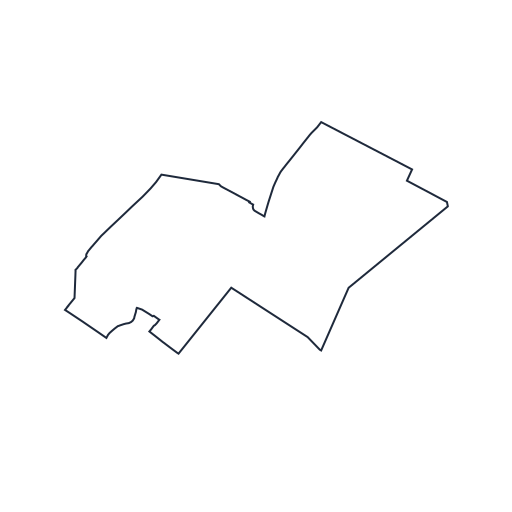 Muharam Bik, Al Iskandariyah, Egypt, rotated 336°
{"feature_id": "37247803B18141858630320", "entity_name": "Muharam Bik", "entity_type": "district", "adm_level": 2, "iso_a3": "EGY", "parent_name": "Egypt", "parent_adm1": "Al Iskandariyah", "projection": "mercator", "projection_center": [29.924, 31.184], "detail": "fine", "context": "isolated", "style": "outline", "palette": "slate", "viewbox_px": 512, "rotation_deg": 336, "n_neighbors": 0, "source": "geoboundaries", "source_scale": "gbopen_adm2", "svg_char_len": 2110}
<svg xmlns="http://www.w3.org/2000/svg" viewBox="0 0 512 512"><g transform="rotate(336 256 256)"><path d="M451.4,288.7L451.5,288.5L452.4,284.3L424.5,248.6L433.8,240.4L370.0,160.2L364.2,163.3L356.9,166.1L354.5,167.2L345.1,172.1L339.7,175.0L328.2,181.0L320.4,185.0L318.2,186.2L316.4,187.1L314.6,188.1L314.2,188.3L313.8,188.5L312.2,189.5L309.9,191.3L307.9,192.8L307.1,193.6L306.7,193.9L306.3,194.3L303.6,196.6L301.4,198.6L300.0,199.9L289.7,211.4L287.3,214.2L282.4,220.0L281.1,221.6L280.9,221.9L280.7,222.1L279.8,223.3L279.6,223.1L277.8,220.5L275.9,218.0L273.5,214.6L273.2,214.2L273.0,213.8L272.6,212.6L272.6,212.1L272.6,211.6L272.8,210.6L273.0,210.0L273.2,209.4L273.9,208.4L274.3,207.9L274.2,207.8L271.7,204.4L272.1,204.2L272.4,203.9L270.0,200.9L269.8,200.7L269.7,200.5L266.4,196.2L265.2,194.7L253.7,179.9L252.3,178.0L251.3,175.3L202.7,143.2L194.8,147.8L187.2,151.4L176.5,155.7L162.8,160.4L154.2,163.5L142.6,167.6L135.4,170.1L130.4,171.9L125.8,173.6L125.2,173.8L124.6,174.0L122.7,174.7L118.9,176.5L118.6,176.6L118.3,176.8L113.3,179.1L110.4,180.5L109.8,180.7L109.2,181.0L104.6,183.3L103.3,184.3L101.7,185.4L100.8,187.0L101.0,187.5L100.0,188.1L97.1,189.5L94.1,191.1L88.6,193.8L88.3,194.0L88.1,194.2L87.7,194.4L85.4,195.3L85.2,195.9L85.0,196.5L84.9,196.6L83.3,199.9L73.1,220.6L63.6,225.4L63.7,225.5L59.6,227.6L62.7,232.4L71.5,246.3L71.6,246.5L80.4,260.8L86.0,270.0L88.7,267.9L90.9,266.8L94.0,265.8L97.4,264.8L101.2,263.9L101.5,263.9L101.9,264.0L103.8,264.1L106.9,264.4L107.1,264.4L109.6,264.8L112.6,265.6L115.1,265.5L117.1,264.9L119.3,263.4L119.8,262.7L120.2,262.1L123.4,258.4L124.6,256.6L125.9,255.0L126.1,254.9L130.1,258.6L134.8,265.5L137.0,269.0L137.6,269.1L138.3,269.1L141.6,274.7L141.6,274.9L141.7,275.0L137.9,277.1L135.4,278.1L134.8,278.1L134.2,278.2L130.7,280.2L127.9,281.6L130.5,286.5L130.9,287.2L131.3,288.0L133.1,291.4L134.3,293.7L135.9,296.8L137.1,298.8L137.3,299.3L137.6,299.8L139.8,303.8L141.6,307.0L141.8,307.4L142.1,307.9L144.7,312.5L145.1,313.1L145.5,313.7L220.5,274.9L270.2,351.1L276.2,367.6L276.6,368.1L277.1,368.8L327.7,322.7L451.4,288.7Z" fill="none" stroke="#1e293b" stroke-width="2"/></g></svg>